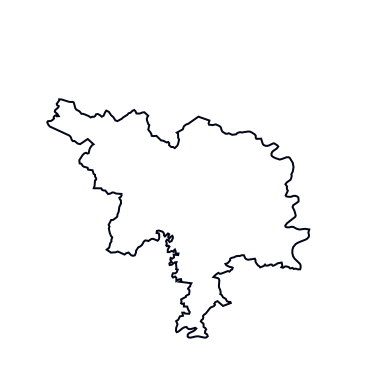 Campos Novos, Santa Catarina, Brazil, rotated 246°
{"feature_id": "56859067B83022570879556", "entity_name": "Campos Novos", "entity_type": "district", "adm_level": 2, "iso_a3": "BRA", "parent_name": "Brazil", "parent_adm1": "Santa Catarina", "projection": "equal_earth", "projection_center": [-51.278, -27.42], "detail": "fine", "context": "isolated", "style": "outline", "palette": "ink", "viewbox_px": 384, "rotation_deg": 246, "n_neighbors": 0, "source": "geoboundaries", "source_scale": "gbopen_adm2", "svg_char_len": 6036}
<svg xmlns="http://www.w3.org/2000/svg" viewBox="0 0 384 384"><g transform="rotate(246 192 192)"><path d="M250.2,237.0L258.2,228.5L255.8,216.0L256.1,214.3L255.4,211.4L253.0,209.1L252.4,202.3L251.0,203.0L247.2,201.4L245.1,201.5L241.4,198.7L240.2,197.2L239.1,194.1L240.8,193.0L241.6,191.3L244.1,190.1L245.7,191.0L247.4,190.7L247.5,189.1L250.8,186.3L251.6,184.8L257.8,182.3L258.6,179.8L259.7,178.0L261.3,178.4L263.2,178.3L266.8,177.4L270.5,180.2L271.6,179.7L275.9,180.0L277.3,180.5L278.7,181.8L279.4,183.0L284.2,180.9L284.8,179.2L284.9,176.3L286.3,173.2L288.8,173.2L290.4,172.6L290.4,170.7L289.4,167.9L289.7,166.1L288.8,164.2L288.2,159.7L287.5,157.6L287.1,152.7L288.6,151.1L292.3,150.6L295.1,149.3L298.9,148.7L301.2,146.8L300.2,145.1L297.6,142.2L297.5,140.2L300.1,138.9L301.6,137.6L302.0,135.9L300.8,134.5L300.6,132.9L301.3,131.5L301.3,129.8L303.5,128.4L306.7,125.4L307.8,124.1L308.4,122.8L311.5,122.0L314.3,119.8L315.9,119.5L321.8,120.4L322.8,119.7L324.2,116.6L329.4,110.7L330.7,108.4L329.6,107.8L327.5,104.2L326.2,104.1L324.7,105.2L323.7,104.3L322.4,100.2L321.1,99.3L318.2,100.7L315.5,101.1L316.2,99.3L317.5,99.2L317.4,97.5L316.7,96.1L315.3,95.9L314.5,93.8L314.3,91.8L315.3,89.3L314.6,88.1L311.9,88.1L309.7,88.7L293.6,102.8L292.0,103.5L288.3,103.4L286.9,103.9L286.4,105.4L282.6,107.4L281.2,109.3L282.8,118.3L275.6,121.5L275.3,119.5L273.8,117.0L272.5,115.6L269.5,113.4L269.7,112.0L270.9,111.1L271.1,109.5L270.3,107.2L266.9,102.0L263.8,101.0L262.8,102.4L260.2,102.8L259.2,103.4L256.6,106.5L254.7,106.2L252.3,110.0L248.6,109.5L247.2,110.4L245.4,109.7L243.6,110.0L242.3,109.5L242.0,108.1L237.4,105.6L235.4,103.8L232.2,110.7L230.6,110.7L229.4,111.8L228.6,113.4L224.2,114.5L223.8,116.9L224.0,119.0L223.1,120.6L221.5,121.9L218.9,126.8L217.4,126.2L216.5,124.9L216.3,123.3L215.0,123.1L213.2,123.6L210.6,122.6L207.9,119.5L203.8,117.0L201.8,114.8L200.2,113.9L199.5,112.7L198.6,108.5L199.3,106.8L195.9,102.5L194.0,102.6L192.6,101.2L187.9,100.2L184.9,100.1L183.1,100.7L180.8,98.7L179.6,98.3L178.4,96.4L174.9,93.8L174.0,90.6L169.6,93.3L168.0,97.7L167.8,100.0L162.3,104.9L162.8,107.0L162.5,109.4L158.8,110.8L157.6,112.4L157.4,114.0L159.6,116.3L160.9,116.8L163.3,120.4L163.3,122.4L164.0,124.8L166.3,127.8L166.8,129.5L165.9,131.2L164.9,132.1L165.6,135.8L165.0,137.5L161.5,140.8L162.3,142.5L163.6,143.5L166.5,144.7L167.8,144.8L168.9,143.0L170.7,144.1L170.3,146.0L168.1,148.6L166.6,149.4L164.9,149.4L163.7,148.8L162.4,149.2L163.9,153.2L162.7,154.0L160.9,152.2L159.9,151.8L158.7,152.3L159.7,154.2L160.0,156.2L158.9,156.3L157.7,155.8L155.5,153.4L155.4,151.2L157.4,150.8L158.6,149.7L157.6,148.3L154.8,147.9L153.7,146.7L152.7,147.0L152.4,148.8L151.3,149.2L149.2,146.4L147.0,145.4L146.3,146.8L146.4,149.6L145.0,150.7L145.9,151.6L146.4,153.0L144.5,153.0L143.1,152.2L142.1,153.0L141.3,154.6L140.0,153.7L142.2,149.8L139.6,149.0L139.1,146.9L140.4,145.7L139.2,144.7L136.2,145.0L136.5,143.3L135.8,142.2L134.4,141.9L133.8,143.8L134.7,147.9L134.2,149.3L133.0,148.2L129.2,147.0L128.0,146.1L126.9,147.4L124.9,145.3L124.5,143.8L125.5,141.6L124.2,140.2L122.9,139.5L121.6,139.9L121.6,142.2L120.0,142.8L117.1,141.5L117.5,144.3L116.9,146.5L115.3,146.2L115.1,144.1L108.9,154.3L107.8,152.8L106.6,151.9L106.1,150.3L105.2,149.0L103.9,149.6L102.7,149.5L99.8,147.8L99.6,144.4L98.7,143.8L98.3,138.4L95.8,137.7L94.8,136.7L93.8,137.4L93.4,139.3L90.7,138.0L89.3,141.0L86.1,140.7L83.2,141.1L81.9,139.9L83.7,136.3L85.0,135.8L85.7,134.1L82.6,133.4L83.3,130.3L80.9,127.6L80.5,125.0L77.1,125.0L74.2,122.2L71.7,120.9L70.2,121.0L70.0,122.7L71.4,128.2L71.5,130.0L70.9,132.1L69.4,132.4L68.1,133.3L67.3,134.9L66.6,139.8L65.5,140.4L64.8,138.9L64.3,136.7L64.2,131.6L63.3,130.0L61.6,129.2L60.4,129.9L59.5,131.6L58.4,137.1L57.5,139.2L53.8,144.3L53.3,146.0L53.8,147.7L55.6,147.9L58.0,146.5L59.8,147.6L60.7,149.1L62.3,148.8L64.0,147.7L66.9,148.9L70.1,147.4L71.0,148.3L71.6,150.4L72.8,151.3L74.1,151.5L75.0,153.0L75.3,155.0L78.9,161.9L78.8,165.4L79.6,167.1L80.9,166.9L81.9,168.6L81.9,170.9L75.3,174.0L74.8,182.3L76.0,182.3L76.9,180.4L78.1,179.5L80.8,179.3L83.2,177.5L86.1,177.2L87.2,176.3L88.2,177.2L90.8,177.9L93.9,177.9L95.3,178.4L99.9,180.9L101.6,181.2L102.8,180.6L105.6,177.0L106.8,180.0L107.4,183.2L106.0,184.1L105.5,185.7L105.2,192.6L104.0,193.9L104.8,195.6L105.0,197.3L106.3,198.4L107.2,197.6L108.0,196.2L111.0,193.6L112.7,193.3L112.5,195.6L114.0,199.0L115.3,199.5L115.8,201.0L115.2,204.2L115.4,206.2L114.8,208.3L114.1,209.5L114.0,211.7L113.1,213.7L109.8,213.7L108.5,214.3L107.3,215.7L105.5,222.3L104.2,222.4L102.7,221.7L100.8,221.8L98.1,222.4L96.9,223.3L95.4,223.6L95.2,227.4L96.0,229.2L94.7,229.6L93.9,231.3L93.9,233.9L93.3,235.3L91.8,235.7L91.5,237.3L92.0,241.4L91.1,245.2L87.8,244.5L86.9,243.0L85.8,244.3L86.1,246.8L85.3,248.4L84.1,249.8L82.2,250.6L81.8,253.0L80.3,253.6L79.8,255.6L78.1,257.5L77.4,259.4L79.0,260.6L81.0,261.4L82.5,261.4L89.4,258.6L92.2,258.2L95.7,258.9L98.6,260.4L100.5,262.1L102.1,265.2L102.5,266.7L102.6,270.2L102.3,276.2L102.5,278.2L103.5,280.4L104.8,281.3L107.6,281.8L110.1,283.9L112.5,280.0L114.0,274.9L115.8,272.7L118.7,270.5L119.8,268.7L120.2,266.4L121.1,264.4L122.1,263.4L123.4,263.5L124.9,266.3L127.3,276.2L128.2,277.1L129.9,277.5L132.9,277.9L137.4,277.8L138.7,279.0L139.9,285.3L141.2,286.1L143.8,286.9L144.8,286.5L145.8,285.6L146.6,284.6L147.2,283.0L147.4,280.2L148.5,278.0L149.6,276.4L150.8,276.2L154.2,280.1L155.7,279.9L157.2,280.3L158.3,281.1L161.1,280.5L162.2,282.5L163.1,286.9L164.2,288.2L166.3,289.7L167.7,289.9L169.7,292.4L173.5,294.9L177.7,295.9L183.3,295.2L184.5,294.4L185.3,292.4L185.6,287.4L186.0,285.3L189.2,281.8L191.4,280.1L192.9,279.5L194.5,280.1L195.8,281.3L196.4,282.6L197.2,286.9L198.4,289.3L199.7,289.0L202.9,287.0L203.4,285.8L203.2,281.6L203.5,279.5L204.2,278.1L205.6,276.7L207.1,276.2L212.6,276.8L214.4,272.4L215.9,272.3L217.3,273.1L219.0,272.8L222.0,270.9L223.4,269.7L224.4,268.0L226.1,261.7L227.2,260.1L227.4,257.6L226.8,255.6L227.9,252.0L230.7,249.5L230.9,247.8L231.6,246.4L234.6,244.4L236.2,244.2L239.4,244.6L240.8,244.1L244.1,241.3L244.7,238.1L246.5,235.0L248.0,235.1L250.2,237.0Z" fill="none" stroke="#020617" stroke-width="2"/></g></svg>